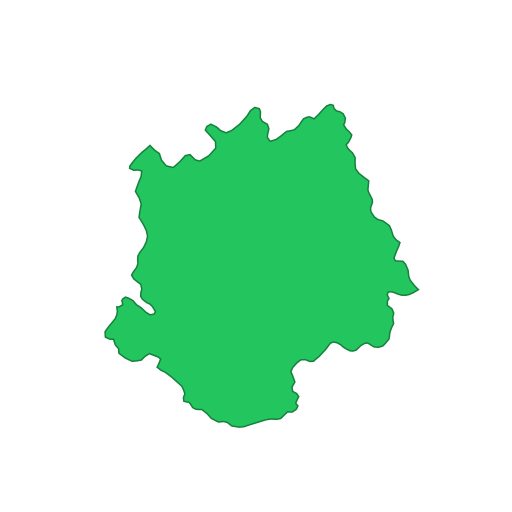 Dzyatlava, Grodno, Belarus, rotated 312°
{"feature_id": "67162791B37208014069458", "entity_name": "Dzyatlava", "entity_type": "district", "adm_level": 2, "iso_a3": "BLR", "parent_name": "Belarus", "parent_adm1": "Grodno", "projection": "mercator", "projection_center": [25.377, 53.437], "detail": "fine", "context": "isolated", "style": "filled", "palette": "green", "viewbox_px": 512, "rotation_deg": 312, "n_neighbors": 0, "source": "geoboundaries", "source_scale": "gbopen_adm2", "svg_char_len": 3506}
<svg xmlns="http://www.w3.org/2000/svg" viewBox="0 0 512 512"><g transform="rotate(312 256 256)"><path d="M267.2,103.2L262.5,102.8L256.8,101.9L248.3,101.4L242.9,101.6L238.4,102.1L236.6,103.4L237.9,107.7L241.1,110.9L242.7,114.2L238.2,117.4L233.0,119.2L228.0,121.2L223.3,123.2L221.1,130.2L217.9,135.8L210.0,140.8L206.4,143.3L205.3,147.3L203.5,152.7L201.3,157.9L198.1,162.2L193.4,164.9L187.5,166.7L180.8,167.3L177.0,168.2L173.8,170.7L171.6,173.2L167.5,175.0L162.6,175.4L158.5,176.3L157.2,180.4L157.4,184.7L157.8,189.4L154.9,193.4L152.0,194.8L148.8,197.3L147.9,200.6L148.2,205.8L149.3,209.6L149.1,213.0L147.3,218.6L144.6,219.1L141.4,216.6L140.5,211.7L140.7,205.4L139.8,199.7L140.5,194.6L139.5,189.7L138.1,186.5L134.8,185.7L133.0,186.2L131.7,188.3L130.4,189.6L126.1,188.0L125.1,186.6L123.6,188.2L122.1,190.0L119.1,192.0L115.1,193.3L110.4,193.6L104.4,193.8L98.7,194.5L94.9,198.4L96.4,203.1L98.8,205.8L97.4,208.2L95.8,210.9L95.2,215.8L92.0,219.3L92.7,227.0L93.7,230.5L94.9,234.4L98.7,237.9L101.9,240.4L107.2,240.7L112.1,242.1L113.5,245.7L115.6,251.3L115.6,254.1L110.7,255.9L107.2,256.9L107.5,261.8L108.9,266.4L109.6,274.8L109.6,281.9L109.6,288.2L107.7,292.4L106.0,295.3L102.1,296.9L99.8,299.5L101.0,301.9L102.4,303.9L102.1,306.5L101.0,310.3L101.8,313.6L103.4,315.9L105.7,318.5L106.1,325.5L105.4,331.4L107.5,339.2L111.4,342.7L113.1,346.2L113.5,351.8L117.7,358.2L121.2,361.3L124.4,363.1L129.0,365.8L135.3,369.6L140.7,372.8L144.6,375.9L147.5,379.4L148.8,380.9L151.8,383.1L156.9,383.4L161.2,383.8L164.4,387.4L169.1,388.5L172.7,387.4L173.1,384.0L177.0,382.7L180.1,381.8L181.0,378.2L179.9,373.9L182.6,370.5L188.4,369.2L191.1,364.2L193.4,359.3L197.7,357.9L203.7,357.9L208.9,358.8L212.1,362.2L213.6,366.5L216.3,369.2L218.8,369.4L223.3,370.1L233.0,370.3L240.9,369.6L243.8,371.0L245.6,373.9L246.7,378.0L246.7,381.8L247.4,385.6L248.5,389.4L250.3,391.7L253.2,393.5L254.6,393.5L260.0,393.9L264.0,395.3L266.1,397.3L266.7,400.7L267.4,404.5L270.1,408.1L273.9,410.4L277.1,410.6L283.2,410.4L285.2,409.2L287.2,407.7L289.5,406.3L293.5,404.7L298.0,403.4L299.4,401.4L302.3,398.4L305.7,396.6L307.7,392.4L307.2,386.7L310.4,383.8L313.3,383.4L315.1,379.3L318.0,378.4L320.5,381.3L322.5,386.5L324.1,390.1L326.8,393.3L329.7,395.5L333.6,397.3L339.7,399.2L339.7,398.1L340.0,393.8L341.2,386.7L343.1,383.1L347.2,378.5L349.9,372.7L350.4,368.8L345.6,362.8L346.8,359.9L354.5,356.9L358.4,355.7L362.3,354.0L361.8,349.4L362.3,345.8L363.2,343.6L365.7,339.5L367.8,334.9L367.4,330.5L366.9,326.7L364.7,322.3L364.2,317.9L365.7,311.9L368.3,309.0L373.9,306.6L375.8,304.6L378.7,297.1L380.0,294.9L387.3,289.5L386.7,283.6L386.3,277.3L387.4,271.7L390.9,267.8L395.4,263.9L397.2,258.7L397.2,255.2L397.6,251.6L399.0,248.6L402.6,248.6L407.8,247.2L410.1,246.1L410.7,242.0L410.7,238.4L412.1,233.3L414.3,232.8L418.2,230.3L420.0,225.6L419.3,221.6L417.7,218.9L417.9,215.0L419.7,212.6L418.4,209.9L414.8,208.1L409.8,207.8L403.5,207.8L396.8,207.4L395.4,202.9L393.4,201.1L389.8,199.5L385.3,200.0L381.9,200.6L375.4,200.0L372.0,197.7L369.3,195.5L367.1,195.0L362.1,194.3L356.1,193.0L350.7,189.8L351.6,185.3L354.0,183.3L359.2,180.4L361.5,176.3L360.3,170.7L361.5,166.7L366.2,162.8L367.7,159.9L365.6,155.7L360.3,154.6L354.0,155.7L343.1,155.7L332.9,153.9L327.6,151.4L325.5,145.8L325.5,140.5L323.7,134.2L319.2,132.8L315.6,134.2L314.9,141.2L313.9,149.3L309.3,153.9L299.1,153.9L288.9,150.7L286.8,146.5L287.2,139.1L283.3,136.3L275.2,136.3L266.4,135.3L262.9,128.9L264.0,121.6L267.5,115.6L266.8,110.0L267.2,103.2L267.2,103.2Z" fill="#22c55e" stroke="#15803d" stroke-width="1.5"/></g></svg>